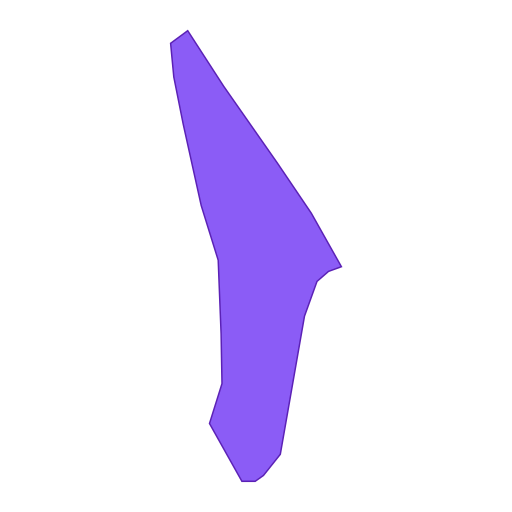 SVG path tracing the border of Vieux Fort
{"feature_id": "LCA-5086", "entity_name": "Vieux Fort", "entity_type": "Quarter", "adm_level": 1, "iso_a3": "LCA", "parent_name": "Saint Lucia", "parent_adm1": "", "projection": "equal_earth", "projection_center": [-60.953, 13.777], "detail": "fine", "context": "isolated", "style": "filled", "palette": "violet", "viewbox_px": 512, "rotation_deg": 0, "n_neighbors": 0, "source": "natural_earth", "source_scale": "10m", "svg_char_len": 391}
<svg xmlns="http://www.w3.org/2000/svg" viewBox="0 0 512 512"><path d="M341.4,266.7L328.5,271.4L317.0,281.4L304.5,316.1L280.3,454.3L263.5,475.4L255.2,481.3L241.9,481.3L209.5,423.5L222.0,383.6L221.1,333.9L218.2,260.2L201.2,205.5L183.2,124.1L173.8,77.0L172.3,61.2L170.6,43.3L187.7,30.7L223.7,86.3L277.6,163.4L311.3,213.2L341.4,266.7Z" fill="#8b5cf6" stroke="#5b21b6" stroke-width="1.5"/></svg>